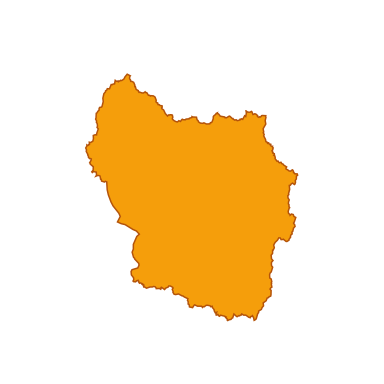 the district of Thayet, Magway, Myanmar, rotated 221°
{"feature_id": "60261553B17186200244276", "entity_name": "Thayet", "entity_type": "district", "adm_level": 2, "iso_a3": "MMR", "parent_name": "Myanmar", "parent_adm1": "Magway", "projection": "orthographic", "projection_center": [95.047, 19.416], "detail": "fine", "context": "isolated", "style": "filled", "palette": "amber", "viewbox_px": 384, "rotation_deg": 221, "n_neighbors": 0, "source": "geoboundaries", "source_scale": "gbopen_adm2", "svg_char_len": 6029}
<svg xmlns="http://www.w3.org/2000/svg" viewBox="0 0 384 384"><g transform="rotate(221 192 192)"><path d="M312.6,183.8L310.6,183.0L309.8,181.8L308.5,181.5L306.6,179.8L306.0,178.4L304.2,178.2L302.3,173.6L301.5,172.5L302.7,171.6L303.6,169.9L301.4,167.6L300.2,165.4L300.9,162.9L302.2,162.2L300.6,160.6L301.1,160.0L300.9,159.4L301.2,158.7L302.2,158.6L301.5,157.7L301.1,155.5L299.3,154.6L298.4,153.2L295.2,152.0L295.1,151.6L293.3,150.8L293.0,150.3L291.2,150.0L290.4,150.8L289.7,150.9L288.9,149.5L288.4,146.9L287.8,146.9L287.1,146.3L283.1,146.3L280.9,143.6L280.9,141.5L280.0,141.3L279.7,142.8L277.3,144.2L275.1,142.1L274.9,140.9L274.0,142.6L272.8,143.5L271.8,143.7L269.4,141.7L268.9,142.0L267.4,140.9L264.6,142.1L264.4,143.2L263.0,143.7L257.4,138.0L253.3,135.0L246.5,131.3L242.4,129.7L233.3,128.0L230.1,126.5L228.6,120.5L224.8,121.6L221.1,123.5L211.9,125.0L208.4,126.1L204.1,125.6L204.5,122.2L201.9,114.0L198.8,110.4L197.7,107.3L193.3,104.4L191.9,104.3L191.2,103.8L185.4,103.2L184.0,102.1L183.1,99.1L186.3,94.0L185.8,92.0L183.4,89.7L179.8,88.9L178.4,87.5L178.1,86.1L177.3,86.0L175.6,87.2L175.6,88.6L175.3,88.6L174.8,90.0L173.5,89.6L173.3,89.1L171.8,88.7L171.5,89.4L169.6,90.1L169.4,89.6L168.6,89.6L168.6,90.1L167.8,90.4L167.3,90.1L167.3,89.5L166.3,88.8L166.2,89.3L165.8,89.1L163.2,89.6L161.4,92.7L159.6,94.3L159.1,95.4L157.7,96.3L156.2,96.1L155.6,95.6L153.3,97.8L151.8,98.1L152.1,99.1L152.6,99.3L152.7,99.9L152.4,100.1L148.7,100.4L148.7,102.4L147.6,104.7L147.9,105.8L146.6,106.9L143.9,107.4L143.2,107.0L143.1,105.6L140.8,104.4L140.6,103.8L138.5,103.1L137.1,103.8L135.3,106.2L131.3,107.1L130.7,107.6L129.0,107.7L125.1,108.8L124.3,107.2L123.0,106.8L121.4,104.9L120.4,105.2L118.5,103.6L115.7,105.1L116.1,107.9L115.9,108.6L113.0,109.4L109.9,112.0L108.3,111.8L108.4,112.8L107.4,113.5L107.1,115.4L106.4,116.4L103.8,118.0L102.6,117.7L101.8,119.0L100.8,118.2L98.1,117.7L97.3,116.9L95.2,116.1L94.5,117.4L93.9,115.7L93.0,115.0L92.4,115.6L92.2,116.6L90.5,116.1L89.7,116.3L89.6,117.8L85.8,119.7L84.3,120.0L84.4,119.4L82.0,119.2L81.1,118.3L80.7,118.4L80.3,119.7L79.0,121.4L79.0,123.4L78.7,123.7L80.3,127.4L76.6,127.3L76.0,127.7L75.6,129.4L74.8,129.8L74.6,131.1L74.0,131.6L74.4,132.6L72.1,133.0L71.0,134.1L70.3,134.4L67.0,134.7L65.6,135.3L66.0,136.4L65.3,137.4L65.3,138.3L63.0,137.5L60.9,135.9L60.4,137.2L60.3,138.4L62.6,143.3L62.6,144.6L63.6,145.9L62.6,148.9L63.3,150.8L63.3,153.0L65.5,155.0L64.7,158.6L65.7,161.2L65.0,162.5L65.1,163.6L64.3,165.0L64.9,166.2L67.7,169.6L69.4,169.9L69.7,171.1L69.3,172.6L71.9,174.7L72.0,175.4L72.9,175.9L73.0,176.7L75.2,178.3L76.9,178.1L79.2,180.5L79.9,182.1L79.8,183.7L81.8,188.2L83.5,188.5L84.7,189.6L85.9,191.1L85.9,193.4L88.1,193.7L90.8,196.2L90.9,198.5L93.0,201.0L92.6,201.4L93.3,203.9L95.6,205.6L96.2,208.6L95.9,211.7L96.4,214.4L95.3,215.2L93.5,214.5L92.2,215.9L92.1,216.3L88.6,216.4L87.9,216.9L87.2,219.2L87.7,219.8L88.0,222.7L88.7,223.2L89.2,224.8L88.9,226.1L90.3,227.2L90.1,228.3L91.7,231.4L91.6,233.6L93.3,234.8L94.6,234.9L95.0,235.3L95.1,236.4L97.0,240.9L98.9,240.4L100.8,241.4L102.5,240.6L102.7,238.8L103.4,239.3L105.1,239.2L106.7,240.5L108.1,243.6L108.0,244.2L109.2,244.6L110.5,246.1L111.5,246.3L112.7,247.9L113.4,249.8L115.6,250.5L117.3,252.1L117.2,253.5L118.1,254.2L120.0,258.0L122.9,260.8L122.2,261.7L122.4,263.2L121.9,264.7L119.6,264.8L119.5,265.6L120.3,267.3L121.6,268.4L121.8,270.3L123.6,272.5L123.3,274.0L124.5,274.7L126.3,273.2L127.3,273.5L128.1,273.2L129.0,274.2L130.6,274.7L131.1,273.8L131.2,272.5L132.5,271.6L134.5,271.5L135.9,271.0L136.8,271.7L137.0,273.0L140.5,272.5L141.7,272.8L142.7,272.3L144.4,272.8L145.1,271.5L145.7,271.3L147.4,271.8L147.9,271.0L151.2,271.7L152.0,272.8L153.7,273.8L154.2,273.4L154.3,274.2L155.0,274.9L156.1,274.4L156.4,274.8L157.0,274.6L157.5,275.3L158.7,275.5L158.7,276.9L159.4,277.5L159.6,278.5L161.4,278.9L161.4,279.2L162.4,278.6L163.5,278.8L164.0,280.4L163.8,279.2L165.6,278.9L166.4,279.4L166.9,279.1L167.0,278.4L168.1,278.9L169.3,278.5L171.0,279.9L174.7,281.4L175.3,282.8L177.1,283.4L177.2,284.3L179.8,286.4L180.9,291.7L183.6,293.9L185.2,296.9L186.0,297.3L186.4,298.0L189.2,295.8L189.6,295.2L189.4,294.3L189.7,293.3L190.4,293.0L190.5,292.2L192.1,291.9L192.4,292.6L194.3,292.8L195.9,292.3L196.8,290.5L199.6,291.9L200.1,291.8L200.5,290.3L202.4,288.8L202.8,288.8L203.0,288.4L204.0,288.8L204.4,288.6L202.8,287.3L201.0,284.2L202.3,284.1L201.4,280.1L202.5,279.9L202.8,278.8L203.0,279.0L203.5,278.4L203.2,277.8L203.6,276.9L204.7,275.5L206.1,275.5L206.9,274.3L208.9,274.0L209.2,274.3L209.6,273.9L213.2,274.0L213.7,273.7L214.7,270.6L215.9,269.7L216.5,270.1L220.4,267.8L223.0,268.3L224.1,268.1L224.7,267.5L224.9,268.1L225.3,267.2L225.1,266.0L225.5,263.7L225.4,262.9L224.0,261.1L222.9,258.2L222.9,257.1L223.6,256.5L223.3,255.1L225.7,252.8L228.4,252.0L228.8,251.0L230.8,249.5L233.1,249.2L234.1,249.8L235.7,249.9L237.7,251.4L240.8,249.0L241.5,248.9L241.0,248.1L242.4,245.9L242.2,245.3L244.4,243.1L244.3,242.3L245.7,241.0L246.9,240.6L246.7,240.3L247.2,239.7L247.0,237.7L248.7,237.2L248.9,235.4L250.0,234.7L252.1,234.1L254.4,234.1L255.0,234.5L255.6,236.0L257.0,236.7L257.1,237.1L257.7,237.1L259.3,235.9L259.7,235.0L260.3,234.7L260.3,233.3L263.6,233.7L267.2,235.3L269.3,235.1L270.2,235.7L270.1,236.4L271.1,237.4L273.0,236.3L274.0,236.4L275.0,235.7L276.3,236.7L277.6,236.2L278.7,236.8L279.2,237.8L282.2,239.4L284.2,239.2L286.3,237.7L286.4,237.1L287.5,237.1L288.3,236.4L291.3,237.3L292.6,236.5L293.1,236.8L293.6,234.9L294.8,233.9L297.2,233.0L297.3,232.5L298.4,232.7L299.0,233.3L301.5,232.8L303.9,234.4L304.3,234.0L305.5,235.3L308.0,236.5L310.0,236.0L310.8,235.3L312.1,236.3L313.0,236.4L313.8,236.9L314.8,238.5L314.8,239.2L318.2,238.4L318.1,234.8L317.5,232.8L318.0,230.5L318.6,229.5L319.1,229.5L319.9,226.9L320.7,227.3L321.0,226.5L321.7,226.0L323.2,225.9L321.4,222.8L322.4,221.6L322.6,220.7L323.5,220.1L322.0,215.8L323.7,214.4L323.2,213.0L323.6,211.6L323.0,210.8L323.0,208.4L320.8,204.3L318.3,202.0L316.0,197.4L316.0,196.7L317.2,195.2L316.9,194.1L315.8,192.7L316.0,191.1L315.6,189.4L315.9,188.6L313.0,184.9L312.6,183.8Z" fill="#f59e0b" stroke="#b45309" stroke-width="1.5"/></g></svg>